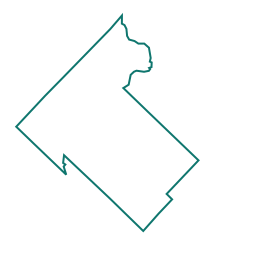 Morrison, Minnesota, United States of America (Albers equal-area conic projection), rotated 44°
{"feature_id": "52423323B29822013107164", "entity_name": "Morrison", "entity_type": "district", "adm_level": 2, "iso_a3": "USA", "parent_name": "United States of America", "parent_adm1": "Minnesota", "projection": "albers", "projection_center": [-94.357, 46.061], "detail": "fine", "context": "isolated", "style": "outline", "palette": "teal", "viewbox_px": 256, "rotation_deg": 44, "n_neighbors": 0, "source": "geoboundaries", "source_scale": "gbopen_adm2", "svg_char_len": 610}
<svg xmlns="http://www.w3.org/2000/svg" viewBox="0 0 256 256"><g transform="rotate(44 128 128)"><path d="M46.7,204.7L71.0,204.7L116.0,204.5L108.5,200.4L108.3,197.8L105.6,198.2L100.9,192.0L164.6,191.3L210.5,191.5L209.5,168.2L209.3,148.7L201.6,148.6L201.2,102.3L131.3,102.5L96.9,102.5L98.4,96.4L93.0,87.9L93.2,83.4L94.3,80.9L100.5,76.4L103.3,72.4L103.0,70.3L101.5,70.1L102.6,67.9L99.5,64.4L97.6,65.1L95.7,61.9L87.3,55.7L81.1,56.0L76.8,60.1L72.3,60.9L67.4,63.6L63.4,62.4L58.0,57.8L54.0,56.4L51.1,57.2L45.5,51.3L46.5,69.0L46.2,138.9L46.0,162.3L46.7,204.7Z" fill="none" stroke="#0f766e" stroke-width="2"/></g></svg>